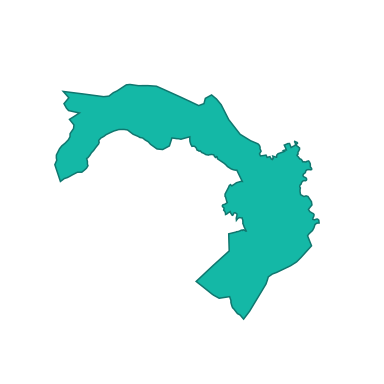 Rafael Delgado, Veracruz, Mexico (Mercator projection), rotated 71°
{"feature_id": "50627088B70303647374080", "entity_name": "Rafael Delgado", "entity_type": "district", "adm_level": 2, "iso_a3": "MEX", "parent_name": "Mexico", "parent_adm1": "Veracruz", "projection": "mercator", "projection_center": [-97.093, 18.796], "detail": "fine", "context": "isolated", "style": "filled", "palette": "teal", "viewbox_px": 384, "rotation_deg": 71, "n_neighbors": 0, "source": "geoboundaries", "source_scale": "gbopen_adm2", "svg_char_len": 5749}
<svg xmlns="http://www.w3.org/2000/svg" viewBox="0 0 384 384"><g transform="rotate(71 192 192)"><path d="M55.0,281.0L62.8,277.8L66.8,284.3L71.9,283.4L74.8,282.2L76.6,279.3L78.1,276.9L80.6,272.7L82.2,278.9L83.1,282.8L83.4,284.2L90.2,281.8L93.5,283.4L96.0,286.8L97.2,288.3L100.0,289.3L102.3,291.8L104.4,295.8L106.0,300.1L107.9,303.1L112.9,308.2L115.7,309.2L117.9,309.5L121.5,312.8L139.2,313.0L137.7,308.3L137.8,305.3L137.4,302.5L136.8,299.3L136.0,293.9L137.4,289.7L136.2,286.4L135.2,284.1L133.3,281.8L131.6,281.8L129.0,280.9L126.0,280.7L125.7,279.3L124.1,276.7L122.2,274.4L120.7,271.5L118.7,268.7L116.1,264.6L114.6,263.5L114.1,263.7L112.9,263.4L111.3,260.6L110.7,257.2L109.8,254.5L109.3,250.3L108.9,246.1L109.1,240.8L110.7,235.9L112.3,232.8L118.2,228.9L120.2,226.7L121.9,224.8L123.5,223.5L124.8,221.1L126.2,220.2L127.6,219.3L130.4,216.9L133.4,215.7L139.9,211.1L142.3,205.9L141.1,198.4L134.4,193.4L135.6,190.9L136.5,189.3L137.3,187.2L138.5,185.3L138.7,181.7L139.1,176.1L141.7,177.0L143.6,177.5L146.4,177.6L148.8,177.2L149.1,176.0L149.3,175.3L149.8,174.6L150.8,174.1L151.4,173.8L152.4,173.6L153.4,173.6L153.9,173.6L154.3,173.4L154.5,172.8L154.9,172.5L155.5,172.2L155.9,171.3L155.9,170.7L157.3,170.2L158.0,169.8L158.3,169.4L158.7,168.9L159.1,168.5L159.5,168.1L160.2,167.5L161.2,166.7L161.9,165.3L162.4,164.6L162.4,164.0L162.4,163.6L162.6,162.6L162.8,161.3L163.0,161.1L163.2,160.7L163.5,160.1L163.8,159.5L164.4,159.2L165.0,159.3L167.0,158.6L166.9,157.9L166.6,157.5L166.5,157.1L166.7,156.9L167.6,156.9L168.9,157.1L174.6,152.8L175.7,152.0L176.7,151.5L177.1,151.2L178.6,150.6L179.7,150.0L179.9,149.9L181.0,149.0L182.0,148.2L182.6,147.8L183.3,147.0L184.0,146.2L184.5,145.5L185.0,144.7L185.5,143.8L185.9,142.8L186.0,142.5L194.7,141.5L198.4,141.0L198.2,141.5L198.0,141.8L197.9,142.1L197.7,146.9L197.7,147.0L198.1,148.3L198.3,149.0L198.5,149.7L198.8,151.0L199.2,152.3L199.0,152.5L198.9,152.7L197.6,153.1L197.9,154.4L198.6,155.2L199.2,155.6L204.7,161.4L206.9,162.2L207.7,161.9L212.1,162.2L213.4,162.1L213.7,162.8L214.3,164.9L214.2,165.7L214.2,167.0L215.0,167.9L215.8,167.9L217.4,167.0L218.3,167.2L219.5,168.0L221.0,167.3L222.6,167.2L224.2,167.6L224.1,166.2L223.8,165.5L223.7,165.4L223.0,162.3L224.0,162.4L227.1,161.6L227.3,161.1L225.4,158.8L225.6,158.0L227.3,156.7L228.2,156.9L229.4,157.5L230.0,158.0L231.2,158.7L233.2,159.2L231.8,157.1L231.7,155.4L232.9,153.0L233.8,153.2L235.1,153.1L237.7,153.9L238.4,154.2L238.7,154.1L239.5,154.1L241.4,154.0L241.6,154.1L246.6,153.4L246.6,153.7L246.5,153.9L246.2,154.1L245.8,154.3L245.5,154.7L245.3,154.9L245.0,155.1L244.9,155.3L244.7,155.5L244.4,155.9L244.4,156.0L244.5,156.1L244.6,156.3L244.8,156.7L244.6,156.9L244.3,157.1L244.2,157.3L244.2,157.6L244.1,158.0L244.3,158.6L244.3,158.8L244.4,160.1L244.4,161.5L244.1,162.3L244.1,163.1L244.2,163.7L244.1,164.5L243.5,170.9L250.2,173.0L259.8,176.0L268.2,195.6L277.9,217.2L295.2,206.2L296.8,205.0L301.3,200.9L303.2,190.5L307.1,190.5L309.3,191.2L312.7,191.4L314.7,191.3L316.0,190.6L321.8,188.6L323.9,186.6L329.0,184.6L323.5,176.4L311.8,162.4L303.1,152.0L299.9,149.5L297.1,147.5L295.7,142.7L295.6,138.1L294.8,131.3L293.8,122.7L292.1,115.8L289.3,110.1L281.8,96.5L271.0,97.0L269.6,95.0L267.7,90.7L265.6,88.4L262.8,86.3L262.1,84.2L262.7,81.9L259.9,81.3L258.5,82.1L258.1,83.2L258.2,85.1L257.2,86.7L255.8,86.0L254.8,84.9L253.3,84.0L252.1,84.2L250.6,85.6L248.9,87.0L246.3,87.6L244.9,85.4L243.3,82.8L240.0,82.2L234.0,83.8L232.8,85.4L232.7,87.7L229.8,90.2L226.7,89.7L224.5,88.9L223.5,88.2L223.0,88.3L222.4,88.5L221.7,88.3L221.1,87.9L220.4,87.3L220.1,86.3L218.7,85.3L218.0,84.2L217.6,83.1L217.8,82.2L218.3,81.1L218.2,80.3L218.0,79.9L217.4,79.5L216.5,79.4L215.5,79.8L214.9,80.5L213.9,81.4L212.7,81.8L212.3,81.6L211.3,80.7L211.0,79.5L210.7,78.8L210.4,78.4L210.1,78.2L209.8,78.0L209.5,77.8L209.2,77.6L208.8,77.1L208.5,76.1L208.6,75.1L209.2,73.4L209.5,72.9L209.7,72.3L209.7,71.6L209.3,71.3L208.7,71.3L208.1,71.4L207.5,71.6L207.2,71.9L206.4,71.8L205.8,71.6L204.3,71.1L203.8,71.0L203.2,71.1L202.5,71.1L201.9,71.2L201.4,71.4L200.6,71.6L200.6,72.0L200.5,72.5L200.4,73.0L200.4,73.3L200.5,73.8L200.7,74.2L200.7,74.7L200.4,75.1L200.2,75.5L200.0,76.2L199.7,76.9L199.5,77.4L198.7,77.5L197.7,77.8L197.1,77.9L196.8,78.1L196.6,78.2L196.3,78.5L196.0,78.9L195.8,79.2L195.7,79.4L195.2,79.4L194.9,79.5L194.4,79.8L193.7,79.9L193.3,80.1L192.8,80.3L191.9,80.7L191.8,80.8L191.6,80.8L191.4,80.7L191.2,80.5L190.8,79.9L190.7,79.4L190.2,79.2L189.8,79.2L189.3,79.1L188.8,78.8L188.5,78.3L188.1,77.9L187.8,77.6L187.6,77.4L187.4,77.2L187.2,77.0L187.0,76.7L186.8,76.5L186.5,76.3L186.1,76.2L185.6,76.1L185.2,76.0L184.8,76.4L184.5,76.6L183.9,76.8L183.6,77.1L183.0,77.5L182.6,77.8L182.3,77.9L181.9,78.0L181.5,78.0L181.2,77.9L180.7,77.4L180.5,77.0L180.4,76.7L180.3,76.4L180.1,76.3L179.8,76.3L179.5,76.4L179.2,76.6L178.9,76.9L178.7,77.3L178.3,77.7L178.0,78.0L177.6,78.3L178.0,78.7L179.2,78.3L181.5,79.1L181.8,81.6L182.2,83.8L177.9,84.0L177.4,85.7L177.4,86.1L177.5,86.4L177.7,89.5L179.6,89.3L180.2,89.2L182.6,89.1L182.9,89.1L182.7,89.7L182.5,91.9L182.6,92.3L183.7,91.5L183.8,94.7L183.8,95.4L183.8,95.5L183.8,98.2L184.4,99.1L184.7,99.9L185.0,100.1L186.3,100.5L186.7,100.7L186.7,100.8L184.4,103.9L184.9,103.9L185.2,103.9L185.7,104.0L186.3,104.5L186.8,104.4L186.9,104.9L187.2,105.0L187.3,105.2L187.5,105.5L187.4,105.6L186.9,106.0L186.6,106.3L183.9,106.8L183.8,109.7L181.2,110.0L180.8,112.6L180.7,112.8L180.5,114.1L180.2,115.5L177.9,115.8L177.0,114.7L175.9,113.4L173.1,113.6L171.7,113.0L169.8,113.1L168.0,113.9L162.6,119.9L153.1,127.7L135.6,133.7L119.0,136.0L112.0,138.6L106.6,141.9L107.8,148.9L112.3,151.9L112.5,157.5L98.8,171.6L85.5,185.7L80.4,191.2L77.0,199.2L74.0,208.1L70.1,215.7L69.3,219.2L70.2,222.8L72.0,229.8L72.5,234.1L74.3,239.3L73.1,244.5L64.1,262.5L55.0,281.0Z" fill="#14b8a6" stroke="#0f766e" stroke-width="1.5"/></g></svg>